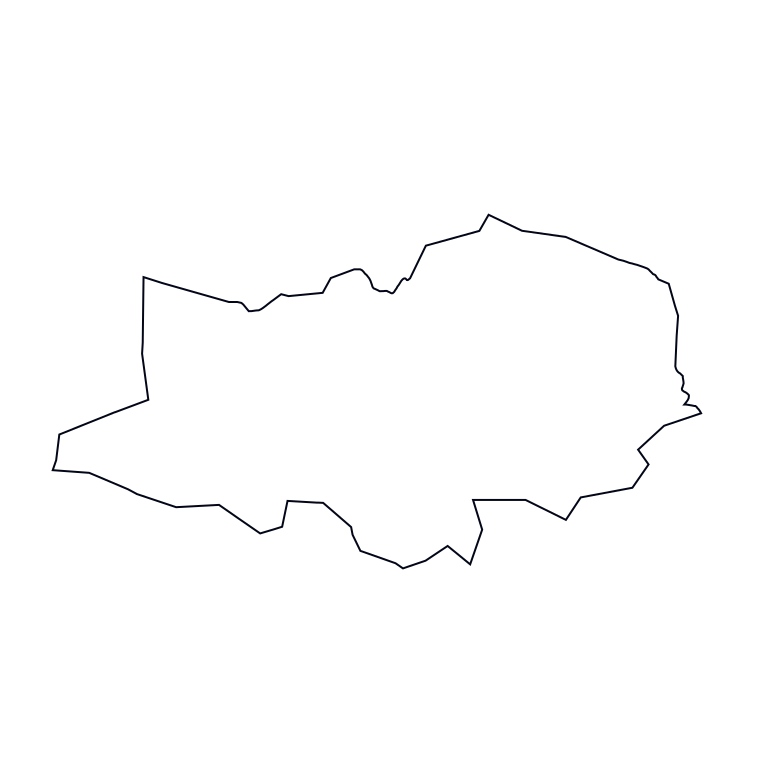 Xangai, Arhangay, Mongolia, rotated 187°
{"feature_id": "93677404B76368798827689", "entity_name": "Xangai", "entity_type": "district", "adm_level": 2, "iso_a3": "MNG", "parent_name": "Mongolia", "parent_adm1": "Arhangay", "projection": "equal_earth", "projection_center": [99.272, 47.755], "detail": "fine", "context": "isolated", "style": "outline", "palette": "ink", "viewbox_px": 768, "rotation_deg": 187, "n_neighbors": 0, "source": "geoboundaries", "source_scale": "gbopen_adm2", "svg_char_len": 2404}
<svg xmlns="http://www.w3.org/2000/svg" viewBox="0 0 768 768"><g transform="rotate(187 384 384)"><path d="M65.7,393.6L66.9,395.3L68.5,397.1L70.1,398.4L71.0,399.4L72.2,400.1L73.2,400.0L75.6,400.2L80.2,400.4L81.9,400.4L83.4,400.2L81.7,403.0L80.6,405.0L79.9,407.0L79.9,409.0L80.0,410.0L80.7,410.7L81.3,411.1L82.1,411.7L82.4,411.8L83.6,412.5L85.1,412.9L86.3,413.6L87.2,414.1L87.6,414.9L87.8,416.1L87.4,416.9L87.3,417.9L87.0,419.2L86.7,421.2L87.2,423.4L87.8,425.5L88.2,426.7L88.4,428.3L91.4,430.6L92.6,431.1L93.8,431.9L95.0,433.1L96.1,434.8L97.0,437.0L99.4,467.6L100.4,487.5L104.8,497.2L113.6,518.2L124.5,521.3L125.4,522.4L126.5,523.4L127.5,524.7L128.1,525.2L129.0,525.6L129.7,525.7L129.9,525.7L130.4,525.9L131.9,527.2L134.0,528.8L135.1,529.8L136.5,530.6L137.9,531.0L140.7,531.7L144.5,532.5L147.3,533.1L149.8,533.4L152.7,533.9L153.0,533.9L155.2,534.1L157.6,534.7L161.4,535.5L166.6,536.1L221.5,552.1L265.7,552.9L300.8,564.7L308.0,547.6L359.3,526.4L371.0,492.1L372.7,490.3L373.3,490.0L374.0,490.0L374.6,490.6L375.3,491.1L375.6,491.3L375.8,491.3L376.1,491.3L376.5,491.3L377.3,491.0L378.2,490.2L379.4,488.5L380.5,486.1L381.5,484.0L382.5,482.4L383.2,480.5L384.3,478.5L385.1,476.7L385.8,475.9L386.4,475.2L387.4,475.0L388.2,475.1L389.8,475.8L390.9,476.1L392.5,476.7L393.6,476.6L394.8,476.4L396.0,476.1L396.8,476.0L397.5,475.9L398.6,475.7L399.7,475.6L401.5,476.3L404.6,477.3L405.8,477.6L406.5,478.2L407.4,479.3L407.9,480.6L408.6,482.0L410.0,484.8L411.5,487.0L413.3,488.8L414.6,490.1L416.3,491.2L418.2,493.1L419.8,494.3L421.3,494.8L421.8,494.9L427.5,494.2L449.7,482.7L456.0,467.0L489.4,459.6L497.0,460.6L503.4,454.5L503.8,454.1L505.7,452.4L506.1,452.0L507.6,450.5L509.5,448.6L511.0,447.0L511.9,446.2L513.1,445.0L513.8,444.4L515.1,443.3L517.2,441.9L519.9,441.4L524.4,440.2L527.1,439.8L533.3,445.7L535.4,447.1L539.5,447.5L548.0,446.5L617.2,457.3L617.6,457.4L635.7,460.8L628.5,395.6L627.8,384.6L616.0,339.6L647.7,323.1L647.9,323.1L700.1,294.3L700.1,268.4L702.3,258.1L665.8,259.9L625.2,248.3L616.2,244.8L616.1,244.7L575.3,236.4L533.0,243.9L512.2,232.9L488.7,220.6L479.8,224.5L476.1,226.1L467.7,229.9L465.5,256.2L435.6,258.1L435.4,258.2L429.9,258.6L399.2,238.0L396.8,230.5L387.1,215.5L350.7,207.5L342.7,203.3L321.2,213.7L301.1,231.0L276.5,215.5L268.8,251.4L281.5,279.8L229.4,286.2L186.9,271.3L174.9,295.4L124.8,311.3L111.6,336.4L123.8,349.8L100.9,376.7L65.7,393.6Z" fill="none" stroke="#020617" stroke-width="2"/></g></svg>